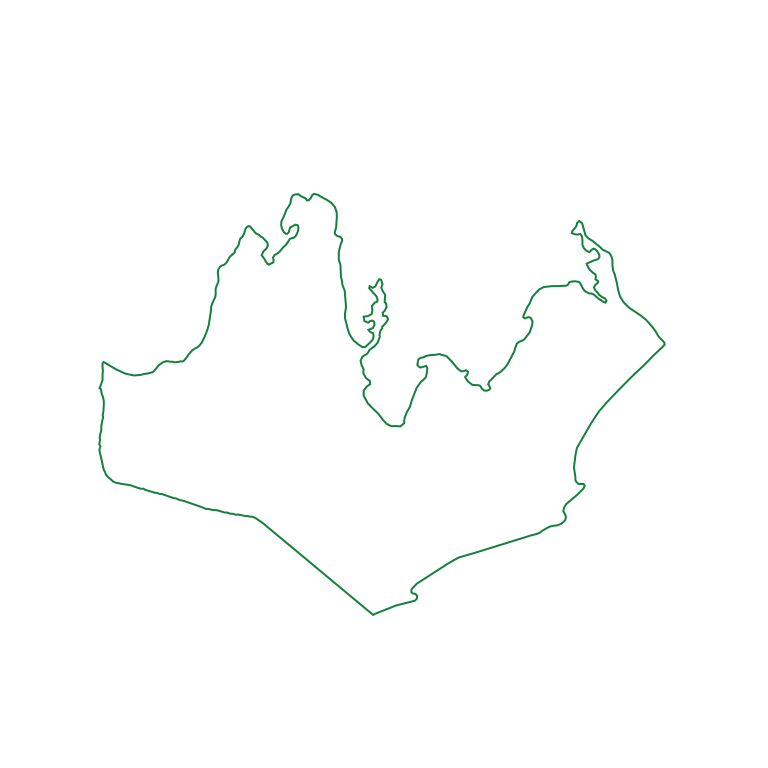 outline of Cidade De Inhambane, Inhambane, Mozambique, rotated 41°
{"feature_id": "85939544B19302565001464", "entity_name": "Cidade De Inhambane", "entity_type": "district", "adm_level": 2, "iso_a3": "MOZ", "parent_name": "Mozambique", "parent_adm1": "Inhambane", "projection": "mercator", "projection_center": [35.448, -23.874], "detail": "fine", "context": "isolated", "style": "outline", "palette": "green", "viewbox_px": 768, "rotation_deg": 41, "n_neighbors": 0, "source": "geoboundaries", "source_scale": "gbopen_adm2", "svg_char_len": 6165}
<svg xmlns="http://www.w3.org/2000/svg" viewBox="0 0 768 768"><g transform="rotate(41 384 384)"><path d="M172.0,573.8L173.4,573.6L178.1,577.1L179.7,577.7L183.4,580.4L186.1,583.4L190.0,588.5L192.1,592.0L194.1,593.6L194.7,595.1L198.0,600.9L200.8,604.2L203.6,609.5L205.0,611.5L206.3,612.3L208.6,616.3L211.0,617.2L212.2,620.2L213.6,621.5L221.6,627.2L226.8,631.2L229.2,632.8L231.3,633.5L233.5,634.8L236.5,635.2L243.8,635.3L247.6,633.9L249.6,632.4L251.1,631.8L258.7,626.9L267.8,623.3L269.8,622.1L271.2,620.7L272.9,620.7L282.4,616.4L284.4,614.9L286.6,614.3L288.4,612.8L300.0,608.2L301.9,606.9L306.0,605.5L309.8,603.5L315.0,601.4L327.2,596.5L331.4,595.2L333.4,593.5L336.9,591.8L341.0,588.7L348.2,585.5L349.6,584.1L353.2,582.7L354.9,581.2L358.1,579.8L359.4,578.3L366.6,574.2L368.1,572.8L369.8,572.2L371.3,570.8L374.7,569.5L383.5,568.5L527.3,565.4L528.2,562.9L538.5,543.1L549.5,527.3L549.6,524.6L547.8,522.0L545.1,521.9L543.2,523.2L541.1,523.1L539.8,521.4L539.4,519.8L539.8,513.0L549.9,478.2L554.1,466.1L563.0,452.3L594.3,401.8L597.4,397.4L599.1,394.2L599.7,390.9L602.3,383.6L604.0,380.9L607.6,376.8L609.3,373.7L610.0,370.5L610.0,367.7L608.5,364.9L606.2,363.6L602.8,362.4L601.0,359.1L600.3,355.0L602.5,341.0L603.1,331.7L602.1,329.0L600.2,328.5L596.5,331.8L593.3,331.7L591.7,331.1L589.4,328.6L582.1,322.4L575.2,312.1L571.6,305.9L566.1,278.0L564.2,263.5L564.2,251.6L565.0,234.3L566.5,211.9L567.9,199.7L568.7,185.4L569.6,176.0L569.9,174.7L570.0,170.1L568.5,168.9L559.7,167.9L554.6,166.1L548.1,164.7L539.6,163.6L532.8,163.9L519.1,165.6L511.1,165.1L504.6,163.0L499.0,159.4L493.6,155.1L485.8,149.6L485.1,149.5L482.1,147.7L478.5,144.5L475.1,140.6L472.0,138.5L468.1,137.2L460.8,139.2L457.6,138.9L446.6,139.3L442.8,140.0L438.4,139.5L428.1,132.7L424.4,132.9L424.1,135.9L425.5,138.4L425.8,140.8L425.7,144.4L426.7,146.9L429.6,145.9L432.1,144.1L433.8,141.9L436.4,142.7L439.3,145.1L442.3,148.7L445.5,150.3L449.3,150.7L452.5,149.7L452.6,147.1L453.2,144.5L454.6,143.8L457.8,143.9L461.7,145.2L463.5,147.1L463.5,149.6L461.1,153.5L458.0,160.2L461.2,161.9L464.6,162.8L469.1,163.0L471.6,162.5L473.4,163.9L474.9,166.3L478.2,165.9L479.0,167.4L478.5,170.3L479.0,173.3L482.0,174.7L484.9,174.8L487.7,175.6L491.5,175.3L494.5,174.5L497.2,175.1L497.8,177.3L495.7,178.0L492.3,178.4L490.6,178.9L483.9,178.8L481.5,179.5L479.1,181.2L475.1,182.1L471.9,181.6L466.3,179.3L464.8,179.0L461.4,180.6L458.8,183.2L457.2,185.2L457.1,185.7L457.6,187.8L457.3,189.9L452.6,194.6L446.3,200.2L440.9,206.1L439.0,211.1L438.8,220.7L441.2,228.1L441.7,231.8L442.6,235.1L444.4,240.7L445.3,242.3L447.3,242.1L448.1,240.4L449.5,238.4L451.7,237.9L455.0,239.3L457.2,242.3L460.1,249.6L460.6,258.1L460.3,259.4L458.3,263.7L457.8,266.3L459.3,270.5L460.9,273.8L464.2,287.7L464.6,292.3L464.2,297.1L463.3,301.0L462.5,302.3L461.8,313.2L462.8,315.8L465.5,316.7L467.0,317.5L467.2,319.4L466.1,321.5L464.0,323.2L460.5,323.2L457.9,322.3L456.3,322.8L451.3,326.7L445.5,327.0L440.7,325.6L440.8,322.9L439.5,319.6L436.8,319.9L435.8,321.9L434.0,323.8L429.2,324.1L420.2,322.5L413.4,322.0L410.9,322.8L408.5,324.2L406.4,324.8L403.2,328.7L400.5,331.3L397.4,335.1L396.3,338.0L394.4,340.3L393.8,342.9L396.6,347.7L398.6,348.1L400.8,347.6L403.9,342.7L406.2,343.5L408.9,347.3L411.1,351.4L411.0,355.1L410.4,358.2L411.3,365.9L415.7,378.1L418.5,384.1L419.8,390.7L422.0,396.5L424.9,400.6L424.2,405.2L420.9,407.6L418.0,410.3L416.4,411.3L412.1,412.4L406.5,411.7L399.5,410.2L391.3,409.8L384.6,409.2L376.2,406.1L372.9,402.1L372.7,397.0L373.7,393.3L371.3,391.0L366.5,391.3L361.4,389.5L358.9,386.3L354.5,384.3L351.1,381.9L349.8,377.4L351.4,372.4L351.3,370.2L350.7,368.0L351.3,364.8L352.0,362.5L352.1,357.0L349.8,351.0L348.3,349.8L346.2,345.8L346.1,343.1L345.0,341.8L345.3,339.9L345.2,335.0L344.4,332.3L341.5,331.1L338.6,333.1L336.2,330.9L336.5,328.3L335.6,324.4L332.8,321.9L330.9,321.8L328.5,318.9L326.5,315.9L322.2,314.8L318.8,313.1L317.3,309.6L313.5,307.3L311.6,308.1L312.2,311.6L313.5,316.1L312.3,318.9L309.0,319.6L310.1,321.5L320.9,322.8L323.9,324.6L324.8,326.5L323.5,328.8L323.9,333.2L327.0,336.2L328.8,339.3L327.4,343.2L324.5,346.5L327.9,349.3L331.8,348.1L332.3,345.4L333.8,343.6L335.8,343.6L338.0,345.5L338.9,349.0L336.7,353.4L339.5,353.8L342.5,352.8L344.8,354.7L346.4,357.9L346.3,361.9L345.6,368.3L343.6,370.3L338.6,371.0L333.2,371.1L328.2,370.1L324.0,368.4L320.1,366.0L311.4,359.9L308.3,356.4L305.0,351.0L293.3,339.5L287.3,336.3L284.7,333.8L281.0,331.1L273.2,322.9L268.3,319.8L263.3,314.1L259.5,306.7L258.7,303.8L257.2,302.0L254.4,301.6L252.0,302.9L248.6,303.0L247.2,301.7L245.2,297.3L238.9,289.0L235.7,285.5L231.0,282.7L224.9,281.8L219.8,282.6L212.4,284.3L210.4,284.4L206.3,286.5L206.0,288.8L206.8,291.8L206.7,294.6L205.5,296.0L202.9,295.3L198.1,296.8L195.2,296.8L194.9,297.3L194.5,297.3L192.4,299.5L191.5,301.2L192.0,304.3L195.0,309.4L195.7,313.1L195.9,316.0L198.9,324.6L199.9,328.6L202.2,331.6L205.1,333.7L208.9,335.2L211.4,335.0L212.5,334.0L212.6,332.2L210.5,327.3L211.1,326.4L211.1,325.8L212.6,321.9L214.2,321.0L215.2,320.9L217.1,322.4L218.8,325.2L219.8,328.0L220.3,330.7L219.9,333.1L219.3,333.3L217.8,336.2L218.7,342.9L218.2,347.3L218.4,352.8L218.2,354.5L216.8,358.7L217.3,361.4L219.4,362.9L220.7,364.8L218.7,369.6L217.8,369.8L214.5,369.2L211.5,368.0L207.3,367.1L206.0,363.1L206.4,358.4L205.3,355.4L203.1,353.8L196.0,353.1L195.1,353.5L191.9,353.5L188.1,354.4L179.9,352.9L178.3,353.6L177.5,355.5L177.7,357.9L179.9,362.6L180.2,364.8L180.6,365.3L180.1,368.3L181.1,370.9L182.8,373.9L183.5,376.3L183.5,379.6L184.2,381.5L185.0,382.6L184.8,385.6L184.5,385.6L184.4,386.1L184.3,390.3L185.4,394.8L185.3,398.5L184.0,400.9L183.3,403.5L184.1,407.1L186.4,409.9L189.3,412.4L192.0,415.6L193.3,419.8L194.8,423.1L197.4,425.8L199.5,428.8L201.4,435.4L202.9,439.2L205.2,442.1L213.1,454.5L215.4,459.6L218.1,467.5L219.3,472.1L219.5,476.2L218.8,479.7L217.8,481.8L217.8,482.7L217.2,484.2L217.2,490.4L217.6,492.3L217.7,497.9L217.0,499.4L215.6,500.3L214.8,501.7L211.8,505.0L210.1,505.7L208.7,506.9L204.9,509.4L202.9,512.6L201.7,517.5L201.9,522.0L201.7,526.7L199.5,530.2L196.5,533.7L194.3,536.9L189.8,541.5L182.1,545.8L172.4,548.7L158.0,551.3L158.0,553.0L159.5,554.9L163.6,558.9L165.1,561.2L168.9,565.5L171.7,572.4L172.0,573.8Z" fill="none" stroke="#15803d" stroke-width="2"/></g></svg>